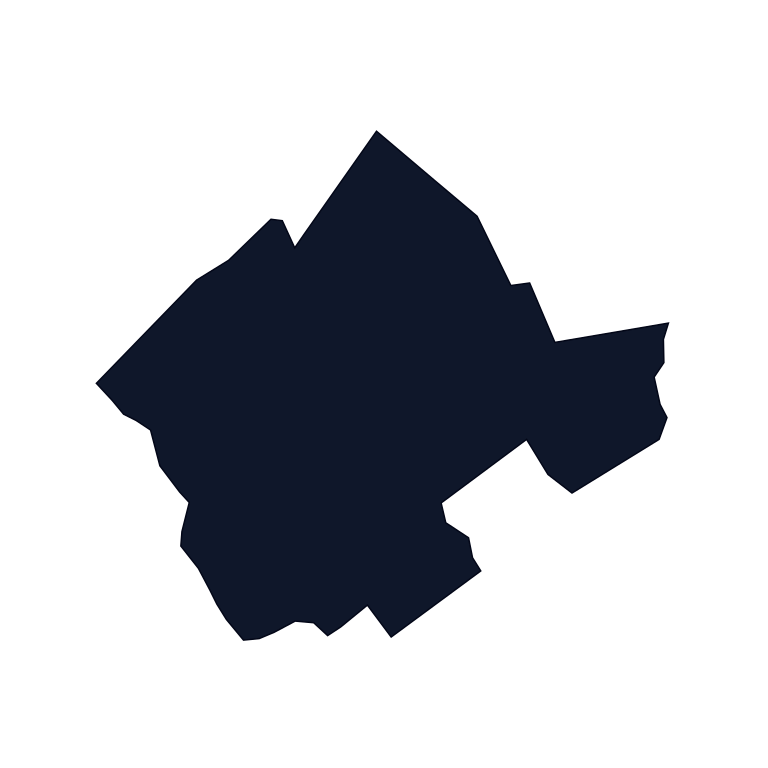 outline of Vespasiano Corrêa, Rio Grande do Sul, Brazil, rotated 324°
{"feature_id": "56859067B34356818702196", "entity_name": "Vespasiano Corrêa", "entity_type": "district", "adm_level": 2, "iso_a3": "BRA", "parent_name": "Brazil", "parent_adm1": "Rio Grande do Sul", "projection": "orthographic", "projection_center": [-51.871, -29.065], "detail": "fine", "context": "isolated", "style": "filled", "palette": "ink", "viewbox_px": 768, "rotation_deg": 324, "n_neighbors": 0, "source": "geoboundaries", "source_scale": "gbopen_adm2", "svg_char_len": 795}
<svg xmlns="http://www.w3.org/2000/svg" viewBox="0 0 768 768"><g transform="rotate(324 384 384)"><path d="M125.5,424.0L123.8,436.0L122.0,448.5L119.4,463.8L118.1,481.8L119.8,508.6L133.4,516.6L149.2,520.3L172.8,523.6L186.8,535.8L190.5,554.4L206.3,555.1L240.6,553.1L241.1,592.9L352.4,592.1L353.5,576.6L362.0,558.1L352.4,532.6L360.3,513.8L466.8,512.6L463.5,553.6L472.0,582.7L574.0,590.5L593.2,577.5L595.4,562.7L606.6,537.2L623.0,531.2L636.3,512.1L649.9,501.9L546.7,450.8L561.2,387.9L544.5,378.9L557.9,303.0L544.6,249.2L526.5,175.1L407.4,215.9L391.8,221.4L397.7,192.1L389.4,184.3L331.0,192.6L293.5,189.8L151.7,214.4L154.5,237.7L155.6,255.4L162.0,267.7L168.1,284.0L154.6,318.5L155.2,351.3L156.8,365.4L133.8,384.6L124.4,395.7L125.5,424.0Z" fill="#0f172a" stroke="#020617" stroke-width="1.5"/></g></svg>